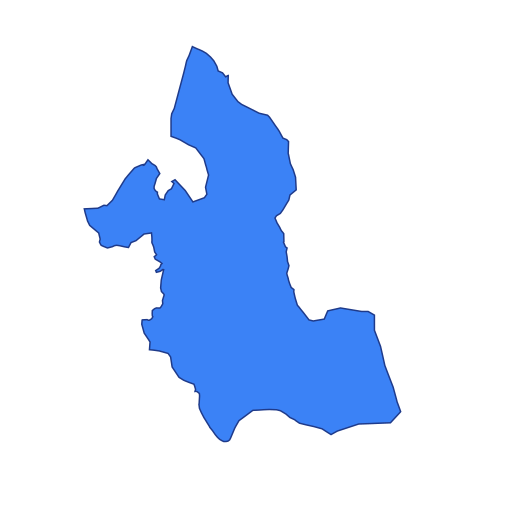 the district of Shar'ab Ar Rawnah, Ta`izz, Yemen, rotated 194°
{"feature_id": "15242507B72961020505586", "entity_name": "Shar'ab Ar Rawnah", "entity_type": "district", "adm_level": 2, "iso_a3": "YEM", "parent_name": "Yemen", "parent_adm1": "Ta`izz", "projection": "mercator", "projection_center": [43.798, 13.731], "detail": "fine", "context": "isolated", "style": "filled", "palette": "blue", "viewbox_px": 512, "rotation_deg": 194, "n_neighbors": 0, "source": "geoboundaries", "source_scale": "gbopen_adm2", "svg_char_len": 5127}
<svg xmlns="http://www.w3.org/2000/svg" viewBox="0 0 512 512"><g transform="rotate(194 256 256)"><path d="M140.0,100.9L135.5,105.1L134.6,105.9L115.9,117.7L115.8,117.8L102.7,121.6L97.3,123.2L85.2,126.7L78.3,139.3L78.0,140.0L81.9,145.8L83.9,148.7L85.1,151.0L91.2,161.9L94.8,167.0L101.8,177.0L103.1,178.9L104.5,180.9L106.3,184.5L109.1,190.1L113.3,198.4L114.2,199.7L123.0,212.4L123.1,212.5L126.8,227.3L133.8,229.3L140.3,227.7L161.5,226.0L164.0,224.7L168.8,222.3L173.1,220.1L173.6,217.2L174.5,211.3L182.5,207.8L184.7,206.8L189.1,206.8L196.4,212.6L199.9,215.2L202.0,216.9L202.9,217.5L203.6,218.0L203.9,218.2L204.0,218.3L206.1,221.8L207.9,224.8L208.1,225.3L208.3,225.6L208.9,226.8L209.9,228.8L210.7,230.4L211.0,232.3L211.1,232.6L214.3,234.0L214.7,234.6L216.6,237.2L218.4,240.1L218.7,240.6L219.1,241.5L219.3,241.8L219.3,242.0L221.2,245.1L222.0,246.7L221.7,251.2L221.7,254.6L224.4,258.8L224.4,259.2L224.4,259.4L224.5,259.5L224.6,259.8L225.7,262.8L226.0,263.5L227.7,267.3L227.8,271.3L229.6,272.0L232.7,276.1L232.4,276.7L234.5,284.4L235.9,285.5L236.4,285.9L236.8,286.1L237.6,286.8L238.7,288.0L239.9,289.5L240.0,289.6L240.8,290.4L241.2,290.8L243.4,293.0L243.5,293.1L244.1,293.8L244.3,294.2L246.7,297.3L246.7,297.7L245.9,300.0L245.6,300.3L242.7,303.2L242.1,304.7L241.5,306.2L241.1,307.2L240.3,309.8L238.9,314.5L238.5,315.7L237.7,318.3L237.8,323.4L233.0,329.9L236.7,342.0L240.8,348.7L241.2,349.2L243.5,352.0L244.9,353.8L245.0,353.9L249.1,362.5L249.3,362.7L249.6,363.4L252.1,374.9L254.3,376.3L258.4,376.9L260.9,379.6L263.7,382.7L263.9,382.9L264.7,383.6L265.4,384.3L266.1,384.9L268.6,387.0L276.4,393.9L277.2,394.4L278.8,395.4L287.6,395.3L288.9,395.6L289.3,395.7L299.8,398.1L306.6,399.6L310.9,401.4L318.3,407.2L321.2,411.6L325.0,417.3L326.6,424.4L327.2,424.1L328.4,422.8L328.8,422.5L332.8,425.6L337.5,426.4L339.9,430.6L344.2,435.2L348.2,438.0L353.2,440.6L355.9,441.4L357.7,441.9L358.3,442.0L361.6,442.6L362.1,442.6L363.8,442.9L368.0,443.7L368.4,443.8L369.4,434.4L370.5,428.8L370.5,426.8L370.4,423.3L370.4,415.9L371.0,379.4L372.2,373.6L371.7,368.8L369.3,359.2L367.4,351.6L366.8,351.5L361.8,351.0L357.9,350.4L348.3,347.6L340.6,346.3L330.1,337.9L329.5,336.9L326.7,331.9L326.0,330.8L325.2,329.4L324.5,328.0L321.6,323.1L321.6,317.2L321.6,316.1L321.6,313.3L321.6,310.5L321.4,310.1L318.6,304.0L319.3,302.3L320.2,300.0L320.4,299.9L328.7,294.3L330.3,293.2L340.5,302.4L353.0,310.4L355.7,307.9L353.1,306.5L354.3,300.8L357.0,298.2L358.8,293.3L358.6,288.4L360.2,288.3L363.5,288.0L366.1,291.5L366.7,292.3L367.1,294.1L368.5,294.5L370.1,295.6L371.3,297.0L371.6,298.5L371.7,299.0L371.6,300.8L371.6,301.0L371.5,301.9L371.5,302.9L371.4,305.1L371.4,307.1L369.3,312.7L373.2,316.8L374.2,318.3L375.7,319.3L377.5,319.9L379.0,320.3L379.3,320.4L380.2,320.9L380.5,321.1L384.1,323.2L386.3,317.4L387.1,316.9L387.2,317.6L389.4,316.5L394.8,312.4L395.1,312.0L395.5,311.5L396.3,309.9L397.8,307.0L399.8,303.0L400.3,301.9L401.2,300.0L401.4,299.8L404.0,291.6L405.5,286.8L405.7,286.3L407.0,281.5L408.6,275.9L408.8,275.3L410.7,272.2L411.2,271.4L412.8,268.8L414.5,268.6L415.4,268.5L415.9,268.4L419.4,265.4L421.0,264.1L423.7,263.3L427.3,262.2L434.0,260.2L432.2,256.6L428.3,249.9L428.0,249.3L424.8,245.5L421.6,243.9L414.2,240.3L411.3,234.7L411.3,231.7L409.7,229.8L408.8,228.9L406.1,228.4L404.4,228.2L403.7,228.1L403.4,228.0L402.0,227.9L397.6,230.3L395.8,231.8L393.8,232.7L390.7,233.0L385.8,233.1L381.8,233.4L380.5,238.8L376.1,241.9L375.9,242.2L369.9,250.3L369.6,250.4L363.7,252.8L363.0,253.1L361.6,249.2L360.8,246.3L360.6,245.6L360.6,245.2L360.2,243.7L358.8,241.9L357.4,239.9L355.3,235.4L352.8,233.2L353.2,232.5L354.6,230.7L353.0,228.6L347.8,227.1L345.4,226.0L346.3,224.3L346.2,223.3L346.9,220.9L347.9,219.7L349.8,217.6L348.7,216.1L345.3,217.9L343.1,220.4L342.3,220.4L342.1,209.8L340.8,201.9L339.1,198.6L336.4,196.9L335.7,196.1L336.0,190.2L334.9,187.1L335.8,183.8L336.5,182.6L336.7,182.2L340.1,181.5L341.7,180.3L343.4,178.0L342.8,175.0L342.1,172.8L341.4,172.1L342.0,169.9L343.9,167.9L344.9,167.6L346.3,167.9L349.3,167.0L350.9,166.5L351.0,166.2L350.6,163.8L350.3,162.1L347.1,156.4L346.6,155.5L346.4,155.2L346.2,154.8L345.8,154.1L342.8,151.4L339.8,148.7L338.0,146.9L336.7,139.3L332.6,139.9L326.7,140.5L326.4,140.5L325.6,140.4L323.9,140.4L320.9,140.3L317.7,140.2L314.7,137.6L314.4,137.3L310.5,128.0L301.4,119.7L301.1,119.6L300.9,119.5L296.2,118.0L293.8,117.6L293.0,117.5L290.8,117.2L289.0,117.0L285.2,116.6L283.8,114.5L283.5,114.0L283.5,113.9L282.4,112.1L282.4,110.6L282.4,109.9L282.2,110.0L280.4,110.2L277.7,108.9L276.9,106.6L275.7,100.2L275.5,99.5L275.5,98.4L274.0,94.5L271.2,90.9L267.4,86.6L264.9,84.2L263.3,82.6L260.4,79.8L259.9,79.3L259.4,78.6L255.8,75.9L252.4,72.9L249.7,70.9L248.0,69.9L246.6,69.2L244.1,68.5L242.5,68.2L241.1,68.5L239.6,69.0L238.3,69.7L237.1,71.2L236.6,73.3L235.0,83.7L234.4,86.1L232.7,92.1L227.9,97.9L227.5,98.4L221.7,105.5L218.0,106.6L216.0,107.2L211.4,108.7L209.4,109.3L206.0,110.3L198.7,111.8L196.4,111.8L195.0,111.8L193.9,111.5L188.7,109.9L184.0,107.5L178.9,106.5L177.2,105.7L173.4,104.3L170.1,104.3L167.4,104.3L166.7,104.3L158.5,104.5L158.2,104.5L150.1,104.3L145.2,102.6L140.3,101.0L140.0,100.9Z" fill="#3b82f6" stroke="#1e3a8a" stroke-width="1.5"/></g></svg>